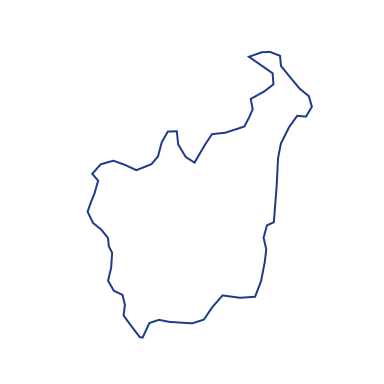 Seocheon-gun, South Chungcheong, South Korea, rotated 101°
{"feature_id": "91817680B6691327376510", "entity_name": "Seocheon-gun", "entity_type": "district", "adm_level": 2, "iso_a3": "KOR", "parent_name": "South Korea", "parent_adm1": "South Chungcheong", "projection": "mercator", "projection_center": [126.683, 36.089], "detail": "fine", "context": "isolated", "style": "outline", "palette": "blue", "viewbox_px": 384, "rotation_deg": 101, "n_neighbors": 0, "source": "geoboundaries", "source_scale": "gbopen_adm2", "svg_char_len": 1011}
<svg xmlns="http://www.w3.org/2000/svg" viewBox="0 0 384 384"><g transform="rotate(101 192 192)"><path d="M206.0,105.9L169.5,110.1L142.2,114.0L127.5,114.0L109.9,109.1L97.2,103.3L96.2,94.5L85.5,90.6L75.7,95.5L69.9,106.2L61.1,117.0L51.3,128.7L41.5,131.6L39.6,142.3L41.5,150.2L48.4,161.9L60.1,135.5L70.8,132.6L79.6,140.4L89.4,152.1L99.2,148.2L108.0,150.2L117.7,153.1L127.5,170.7L131.4,183.4L143.1,188.3L162.7,195.1L158.8,204.9L148.0,214.6L135.3,218.5L137.3,227.3L149.0,231.2L163.6,232.2L172.4,237.1L181.2,250.8L178.3,262.5L176.3,275.2L182.2,286.9L193.2,293.4L198.8,286.3L212.5,287.5L221.9,289.4L231.3,290.7L241.3,283.2L246.3,273.8L253.2,265.7L261.3,263.2L266.9,258.8L281.9,256.9L295.0,257.5L303.8,250.0L306.3,240.6L315.7,236.3L326.3,235.6L333.8,227.5L344.4,215.6L344.3,212.7L328.7,208.8L323.8,200.0L323.8,189.2L320.9,166.8L315.0,156.0L301.4,150.2L287.7,142.3L286.7,124.8L282.8,110.1L266.2,107.2L246.7,107.2L234.0,108.2L223.2,113.0L210.5,112.1L206.0,105.9Z" fill="none" stroke="#1e3a8a" stroke-width="2"/></g></svg>